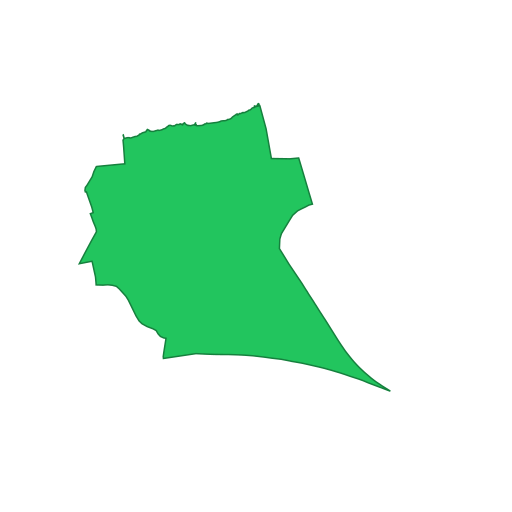 Sidi Gabir, Al Iskandariyah, Egypt, rotated 29°
{"feature_id": "37247803B76316502393625", "entity_name": "Sidi Gabir", "entity_type": "district", "adm_level": 2, "iso_a3": "EGY", "parent_name": "Egypt", "parent_adm1": "Al Iskandariyah", "projection": "albers", "projection_center": [29.945, 31.216], "detail": "fine", "context": "isolated", "style": "filled", "palette": "green", "viewbox_px": 512, "rotation_deg": 29, "n_neighbors": 0, "source": "geoboundaries", "source_scale": "gbopen_adm2", "svg_char_len": 5524}
<svg xmlns="http://www.w3.org/2000/svg" viewBox="0 0 512 512"><g transform="rotate(29 256 256)"><path d="M186.6,122.8L186.1,122.5L185.8,122.8L186.1,123.1L185.9,123.2L185.8,123.3L185.0,124.0L185.0,123.9L184.8,123.9L184.7,123.9L185.1,123.6L185.3,123.4L185.4,123.1L185.4,122.8L185.3,122.4L185.0,121.9L184.8,121.6L184.6,121.5L184.4,121.5L184.1,121.6L184.0,122.0L184.0,123.7L184.1,124.7L183.9,125.1L183.2,125.8L183.0,125.6L182.8,125.6L182.6,125.4L182.4,125.4L182.2,125.3L181.9,125.5L181.9,125.9L182.4,126.4L182.4,126.5L182.5,126.9L182.4,127.0L182.2,127.3L181.4,127.9L181.1,128.3L180.9,128.6L180.8,128.8L180.7,129.4L180.5,130.1L180.4,130.4L180.3,130.6L180.1,131.0L179.8,131.3L179.2,131.8L179.0,132.0L178.8,132.4L178.7,133.0L178.5,133.3L178.3,133.7L177.9,134.1L177.7,134.3L177.2,135.1L177.0,135.5L176.7,135.8L175.7,136.7L175.5,136.8L175.4,136.8L175.3,136.7L175.2,136.7L174.9,136.9L174.8,137.0L174.7,137.4L174.6,137.5L174.4,137.6L174.2,137.9L173.8,138.4L173.7,138.5L173.6,138.8L173.4,139.0L173.1,139.2L172.9,139.3L172.6,139.3L172.4,139.4L172.3,139.6L172.1,140.8L172.0,141.0L171.5,141.5L171.4,141.6L170.6,141.5L170.5,141.4L170.7,141.0L170.6,140.9L170.0,141.7L170.0,141.8L170.0,142.0L169.0,143.9L168.7,144.5L168.5,145.0L168.3,145.3L167.9,146.3L167.9,146.5L167.8,147.2L167.6,147.3L167.5,147.9L166.9,148.8L165.9,149.8L165.6,150.1L165.2,150.2L164.8,150.6L164.7,151.1L164.5,151.6L164.3,151.8L163.6,152.4L163.1,152.8L162.8,153.0L162.4,153.2L161.2,154.0L160.9,154.2L160.4,154.6L160.0,154.9L159.8,155.1L159.7,155.5L159.5,155.8L159.4,155.9L159.3,156.0L159.2,156.0L158.5,156.8L158.0,157.3L156.3,158.7L155.5,159.2L150.5,162.9L149.9,163.2L149.7,163.4L149.4,163.4L149.0,163.5L148.5,163.6L148.3,163.8L148.2,164.2L148.2,164.5L147.9,164.9L147.6,165.1L147.1,165.4L147.0,165.5L146.9,165.7L146.9,166.0L146.8,166.4L146.6,166.5L146.4,166.7L146.2,166.9L146.2,167.2L146.0,167.3L145.8,167.7L144.2,168.8L141.6,170.5L141.1,170.7L140.2,170.9L139.9,170.7L139.2,171.1L138.8,171.2L138.8,170.5L140.0,170.5L140.0,170.2L138.8,170.3L138.8,169.0L138.6,169.0L138.6,171.2L137.7,171.7L137.5,171.9L135.7,173.7L133.9,174.4L133.2,174.6L133.2,174.9L131.5,174.9L130.5,174.8L130.1,174.7L129.6,174.6L129.4,174.4L129.2,174.2L128.8,174.2L127.9,176.4L128.3,176.6L128.3,176.8L128.1,177.0L127.9,177.1L127.6,176.9L127.4,176.7L127.1,176.7L126.7,177.1L126.3,177.2L126.0,177.2L125.9,177.1L125.7,177.1L125.4,177.4L125.4,177.9L125.3,178.0L124.9,178.3L124.4,178.7L123.8,179.0L123.0,179.2L122.9,179.3L122.6,179.8L122.3,180.2L122.0,180.9L121.9,181.2L121.8,181.6L121.7,181.7L121.5,181.8L121.1,181.9L121.0,182.0L120.8,182.1L120.7,182.4L120.4,182.6L119.8,182.8L119.3,183.0L118.1,183.1L117.8,183.2L117.3,183.5L117.0,183.7L116.4,184.2L116.3,184.4L116.2,185.1L116.1,185.3L115.4,186.6L115.0,187.8L115.0,188.1L114.5,188.7L114.1,189.1L113.5,189.7L113.2,190.1L112.6,191.1L112.3,191.4L111.0,192.7L110.3,193.2L110.1,193.3L109.9,193.3L109.5,193.3L109.1,193.5L108.8,193.8L108.5,194.2L108.1,194.6L107.9,194.7L106.1,196.6L105.7,196.9L103.5,198.0L103.4,197.9L103.1,197.9L102.9,198.0L102.7,198.2L102.5,198.3L102.3,198.3L102.2,198.2L101.9,197.9L101.7,198.0L101.3,198.0L101.1,197.9L100.1,197.9L99.7,197.9L99.6,198.0L99.5,198.3L99.6,198.6L99.7,199.1L99.5,199.4L99.5,199.5L99.4,199.7L99.5,199.8L99.5,200.0L99.5,200.6L99.4,200.8L98.8,201.6L98.6,201.8L98.3,201.8L98.0,202.3L97.5,202.7L97.0,203.3L96.4,204.2L96.0,205.0L95.6,205.7L95.1,205.8L95.0,206.1L95.0,206.3L95.1,206.5L95.1,206.8L94.9,207.2L94.4,207.9L94.0,208.8L93.5,209.3L93.2,209.5L92.6,209.9L92.0,210.4L91.8,210.7L91.5,211.1L91.3,211.3L91.1,211.4L90.9,211.5L90.7,211.9L90.1,212.6L89.6,213.1L89.3,213.4L88.8,213.7L88.3,214.0L88.1,213.9L87.6,214.0L86.3,214.8L85.8,215.1L85.7,215.3L85.4,215.6L85.0,215.9L84.8,216.1L84.6,216.4L84.5,216.5L83.8,216.9L83.7,217.0L81.3,214.5L81.2,214.7L83.6,217.1L83.6,217.6L83.7,218.0L83.7,218.7L83.5,219.1L84.8,221.0L87.5,225.0L96.6,239.0L94.0,240.7L73.6,254.7L73.0,255.2L73.3,260.8L74.3,266.1L73.9,276.2L73.5,278.7L74.6,281.6L75.7,282.7L76.6,282.1L79.7,284.9L88.7,292.9L92.6,297.0L90.6,299.3L93.9,302.1L96.9,304.8L101.2,308.2L103.1,309.9L104.7,312.2L104.7,322.7L104.9,336.0L105.2,348.4L115.1,340.1L116.0,341.0L123.2,349.2L125.5,351.8L126.1,352.6L129.0,356.9L130.2,358.8L136.4,355.6L138.5,354.2L140.4,353.0L144.4,351.3L148.6,350.2L152.6,351.1L153.1,351.3L161.8,354.3L165.6,356.4L180.2,366.6L185.3,369.5L189.1,370.5L195.0,370.5L201.3,369.6L204.8,369.6L208.2,371.6L211.4,372.7L215.0,372.4L217.2,371.6L222.1,385.0L223.6,388.9L224.7,390.5L250.8,370.5L259.1,366.4L267.2,362.3L274.1,358.6L280.3,355.2L288.3,351.1L294.0,348.3L301.8,344.7L312.3,340.4L319.6,337.6L328.1,334.1L336.7,331.3L338.2,330.9L343.5,329.0L345.3,328.4L348.2,327.4L354.3,325.6L358.5,324.4L364.7,322.6L370.2,321.1L373.6,320.3L377.3,319.4L382.4,318.3L385.5,317.6L390.7,316.6L397.0,315.5L405.1,313.9L410.0,313.1L415.7,312.5L437.1,309.4L439.0,309.1L438.3,309.0L429.2,308.5L426.4,308.2L422.3,307.9L419.3,307.5L416.1,307.0L411.2,306.0L407.3,305.2L400.6,303.5L398.6,302.9L397.0,302.4L394.9,301.7L393.1,301.1L390.4,300.1L386.2,298.4L383.1,297.1L380.1,295.8L373.1,292.3L368.9,290.1L348.8,279.0L343.7,276.3L341.7,275.2L339.2,273.9L336.1,272.2L333.4,270.7L330.4,269.1L328.1,267.8L320.3,263.7L318.1,262.4L315.2,260.9L309.5,257.7L288.9,247.2L279.2,241.7L272.9,238.2L268.6,229.6L267.7,225.6L267.4,223.8L268.0,208.5L268.3,202.7L270.5,196.3L270.9,195.7L272.9,192.7L275.4,189.2L277.6,185.8L280.2,183.3L275.4,178.6L271.5,174.8L259.3,162.8L248.5,152.2L245.8,149.6L238.5,154.6L232.5,157.8L222.2,163.3L203.1,139.8L186.6,122.8Z" fill="#22c55e" stroke="#15803d" stroke-width="1.5"/></g></svg>